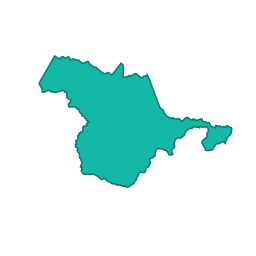 Itaberaí, Goiás, Brazil (Mercator projection), rotated 290°
{"feature_id": "56859067B7419622155547", "entity_name": "Itaberaí", "entity_type": "district", "adm_level": 2, "iso_a3": "BRA", "parent_name": "Brazil", "parent_adm1": "Goiás", "projection": "mercator", "projection_center": [-49.83, -16.116], "detail": "fine", "context": "isolated", "style": "filled", "palette": "teal", "viewbox_px": 256, "rotation_deg": 290, "n_neighbors": 0, "source": "geoboundaries", "source_scale": "gbopen_adm2", "svg_char_len": 4937}
<svg xmlns="http://www.w3.org/2000/svg" viewBox="0 0 256 256"><g transform="rotate(290 128 128)"><path d="M118.7,173.5L117.7,174.8L116.9,175.8L117.2,177.4L118.4,179.2L120.2,177.6L121.3,177.0L123.1,176.9L124.4,177.3L125.1,178.2L126.3,178.4L127.0,177.4L128.0,177.6L128.9,176.5L130.5,176.6L133.4,176.2L134.8,177.5L135.7,177.9L136.2,178.6L136.1,180.2L136.9,181.2L138.7,182.2L139.9,183.4L141.9,183.4L143.7,183.2L148.5,185.6L149.0,187.0L149.6,188.4L150.7,188.8L151.9,189.9L152.4,193.1L152.7,195.2L154.1,195.2L154.3,196.8L154.2,198.3L155.1,198.7L155.5,200.9L155.9,202.5L154.9,203.5L153.5,204.3L151.9,204.5L150.4,204.0L148.5,204.6L146.9,205.2L145.2,204.6L143.5,203.4L141.2,202.2L139.4,202.5L138.1,204.0L136.9,205.1L135.1,207.9L133.7,208.2L133.7,209.7L135.2,213.2L137.0,215.2L139.7,215.2L142.9,216.4L143.7,217.2L144.5,219.0L146.3,220.5L147.5,221.7L147.7,222.7L147.3,223.7L146.8,224.8L148.8,224.1L150.0,224.8L151.5,224.5L153.6,225.0L155.5,225.7L157.3,226.5L158.8,226.6L160.8,226.1L162.1,226.2L163.6,225.1L163.4,223.9L163.5,222.5L164.2,220.8L163.8,220.0L162.6,220.0L162.1,218.9L162.3,217.5L161.0,216.5L160.7,215.4L161.4,214.4L161.2,213.4L160.5,212.1L160.7,210.8L160.3,209.7L158.8,210.0L157.9,209.6L158.4,208.3L157.7,206.8L158.1,205.6L158.8,204.6L159.5,203.8L160.4,203.2L160.8,202.0L160.1,201.2L160.2,198.5L160.1,197.6L159.6,196.7L160.4,195.2L161.5,194.7L160.6,194.1L161.4,193.1L160.7,192.4L159.7,191.7L159.1,190.1L158.1,189.1L159.1,187.7L158.7,186.1L157.5,186.3L157.6,184.7L157.2,183.7L157.4,182.7L158.5,180.6L157.8,179.5L157.3,178.8L156.2,178.2L155.5,177.6L154.4,177.4L153.3,177.1L153.0,175.4L153.9,173.8L154.2,172.2L153.2,171.7L152.9,170.0L152.5,168.3L153.1,166.6L151.9,165.7L152.1,164.2L152.0,162.8L152.4,160.0L153.6,158.5L154.6,156.9L156.6,155.2L157.4,153.1L158.1,151.0L167.9,142.6L181.8,130.7L182.7,129.9L184.5,127.8L183.3,128.0L183.1,126.8L182.5,125.8L182.0,124.9L181.1,124.6L180.3,124.8L179.8,123.7L180.9,119.6L181.4,118.8L181.7,117.2L181.4,116.2L180.8,115.1L179.9,114.6L178.8,113.7L177.6,112.5L177.7,110.9L176.4,110.4L175.6,108.9L174.9,108.1L174.3,106.9L174.3,105.7L184.0,102.8L185.6,101.5L186.5,99.3L172.1,94.7L172.8,92.4L173.6,90.8L172.9,89.6L171.4,88.5L171.0,87.4L171.1,85.9L171.6,83.9L172.1,82.3L172.5,81.4L173.1,79.3L174.2,77.2L173.7,76.1L173.7,74.5L174.3,73.0L174.6,71.3L175.4,69.5L176.8,68.2L176.8,67.1L175.2,65.8L174.1,64.8L173.2,63.2L173.9,60.9L174.6,59.0L174.7,57.6L174.1,55.6L174.3,53.9L174.0,52.4L173.1,51.4L172.1,50.4L173.6,49.3L174.4,48.5L174.3,47.1L173.4,46.5L172.0,45.1L172.1,44.2L172.7,43.2L172.7,42.3L171.8,41.0L169.3,40.5L170.6,34.5L156.1,32.0L146.2,30.2L144.0,29.8L141.4,29.5L139.2,29.4L137.9,30.9L136.4,32.6L134.9,34.1L133.7,34.8L132.3,35.3L132.9,36.8L133.7,37.7L134.5,38.4L135.3,39.2L136.5,40.1L136.0,41.7L135.7,43.6L136.4,44.4L136.2,46.2L137.0,48.3L138.2,49.9L138.9,51.3L140.1,52.2L140.9,53.3L140.9,54.2L141.1,55.3L140.3,55.8L140.3,56.7L140.2,58.6L139.1,58.9L138.2,59.1L137.2,60.0L136.0,60.0L135.3,60.7L134.9,63.0L135.0,64.4L133.9,64.8L132.9,65.0L132.1,64.9L130.9,64.5L130.1,63.7L129.2,64.5L127.9,64.8L127.6,66.0L128.3,66.9L128.8,68.3L128.9,69.3L129.4,70.0L130.1,71.0L129.5,72.1L128.7,73.4L128.6,74.5L128.4,75.6L127.3,76.1L126.8,76.9L126.0,77.7L125.5,78.6L125.5,79.8L123.7,80.6L124.2,81.5L124.0,82.5L123.0,83.5L122.4,84.3L122.1,85.3L121.1,86.3L120.9,87.8L120.3,89.2L119.9,88.2L119.0,88.3L118.3,87.8L117.2,87.7L115.9,88.5L115.4,87.5L114.9,86.8L114.6,85.8L113.7,85.8L112.6,85.3L111.6,86.2L110.3,86.5L109.1,86.5L108.4,85.3L107.1,84.9L106.5,83.8L105.5,83.9L104.7,84.3L103.2,83.4L102.0,84.5L100.3,84.7L99.1,84.1L98.2,83.2L97.3,83.8L96.2,84.6L95.1,85.2L94.5,84.2L93.3,84.7L92.4,84.9L92.0,85.9L92.3,87.2L91.7,87.9L90.3,88.1L89.6,87.7L88.7,88.6L87.9,89.7L87.8,90.8L86.4,91.5L85.3,91.8L84.1,92.4L83.3,92.8L83.1,93.7L82.2,94.5L81.0,95.4L80.2,96.7L79.0,96.6L77.7,96.5L75.0,96.7L75.2,98.0L74.3,98.4L73.1,98.7L71.7,98.7L70.9,99.6L69.8,101.1L69.5,102.4L69.8,103.6L70.4,104.5L70.9,105.9L71.0,107.7L71.6,108.6L72.8,110.5L72.7,111.5L72.9,112.9L72.3,114.1L72.2,115.2L72.5,116.5L71.6,117.5L71.3,118.4L71.0,119.6L70.6,120.5L70.8,121.7L72.1,122.3L72.5,123.5L72.1,124.5L71.7,125.7L71.0,126.7L70.9,128.0L71.1,129.0L71.0,130.0L70.5,130.8L70.2,131.6L70.3,132.8L71.0,134.2L70.5,136.4L70.8,138.3L71.7,139.5L71.9,140.5L71.8,141.7L71.6,142.8L71.7,144.0L72.3,145.0L72.1,146.7L72.4,148.2L73.5,149.3L74.9,149.8L76.1,150.9L76.8,151.7L77.8,152.2L78.8,152.4L79.6,152.5L80.5,152.7L81.4,153.5L82.4,153.5L83.8,153.1L85.5,153.5L87.2,154.0L88.3,153.5L89.5,153.7L90.2,154.3L90.9,155.1L91.2,156.7L91.3,157.8L92.0,158.7L92.8,159.3L94.0,159.3L95.1,158.7L95.9,158.8L96.9,159.2L98.0,159.7L98.6,160.6L99.6,160.8L101.4,160.9L103.2,161.2L104.4,159.9L105.7,159.0L107.0,159.7L107.9,160.5L109.1,161.8L110.0,162.4L111.2,162.6L112.3,162.7L113.2,162.4L114.1,162.0L115.6,162.1L117.7,162.0L118.5,162.5L119.3,163.7L119.4,165.5L120.0,166.8L120.2,167.8L120.2,168.8L119.6,169.8L120.0,170.8L119.4,172.9L118.7,173.5Z" fill="#14b8a6" stroke="#0f766e" stroke-width="1.5"/></g></svg>